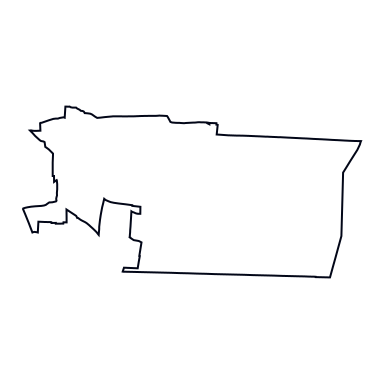 Rayón, México, Mexico
{"feature_id": "50627088B92517734283443", "entity_name": "Rayón", "entity_type": "district", "adm_level": 2, "iso_a3": "MEX", "parent_name": "Mexico", "parent_adm1": "México", "projection": "mercator", "projection_center": [-99.574, 19.139], "detail": "fine", "context": "isolated", "style": "outline", "palette": "ink", "viewbox_px": 384, "rotation_deg": 0, "n_neighbors": 0, "source": "geoboundaries", "source_scale": "gbopen_adm2", "svg_char_len": 3592}
<svg xmlns="http://www.w3.org/2000/svg" viewBox="0 0 384 384"><path d="M23.0,209.0L25.2,214.2L28.8,223.1L32.4,232.5L33.4,232.1L34.4,231.9L35.2,232.0L36.6,232.2L37.8,232.5L38.4,221.7L44.8,222.0L51.0,222.1L51.3,222.2L51.2,222.8L51.4,223.0L55.8,222.9L55.8,223.7L63.3,223.6L63.5,222.3L66.6,222.4L66.6,217.6L66.5,209.5L71.5,212.8L76.2,215.9L77.2,217.9L77.4,217.8L77.9,217.9L78.4,218.2L78.9,218.6L80.0,219.4L80.9,220.0L81.3,220.2L82.0,220.6L82.8,221.0L83.8,221.5L85.0,222.1L86.3,222.9L87.0,223.4L87.7,224.0L88.7,224.8L89.5,225.5L90.0,226.0L92.7,228.4L94.6,230.2L95.9,231.5L96.6,232.2L98.2,234.3L98.7,234.9L98.8,233.6L99.0,231.3L99.2,229.1L99.2,226.9L99.5,224.2L100.0,219.9L100.7,215.2L101.2,212.4L102.2,207.1L103.1,203.6L104.2,198.8L105.6,200.0L108.1,201.1L110.6,202.1L113.9,202.8L118.8,203.5L125.6,204.3L132.3,205.2L132.3,205.9L140.4,206.8L140.3,213.8L138.0,213.8L136.4,213.5L135.5,213.2L134.0,212.5L132.3,211.9L131.4,211.3L131.0,218.4L130.7,223.2L130.5,226.6L130.2,230.1L130.1,232.6L129.9,234.7L129.8,236.3L129.6,237.2L130.4,237.6L130.4,237.9L133.7,240.1L138.8,241.0L141.5,242.4L139.3,256.0L139.8,256.1L138.7,262.2L137.7,268.3L128.5,267.9L124.0,267.7L122.7,271.6L123.2,271.7L132.8,271.9L141.3,272.1L145.5,272.2L149.8,272.3L158.3,272.5L162.5,272.6L171.0,272.8L179.8,273.1L184.1,273.2L188.5,273.3L197.2,273.6L206.0,273.8L214.4,274.1L222.9,274.3L227.2,274.4L231.4,274.5L239.9,274.7L244.1,274.8L252.6,275.1L261.0,275.3L269.5,275.5L273.8,275.6L282.2,275.9L286.5,276.0L290.7,276.1L299.2,276.3L304.2,276.4L309.3,276.6L314.4,276.7L315.7,276.8L315.7,277.1L320.2,277.2L324.6,277.3L329.1,277.4L330.0,277.4L332.7,267.6L335.5,257.6L338.4,247.0L341.4,236.1L342.3,202.7L342.9,180.4L343.1,172.6L347.1,166.2L350.1,161.3L353.4,156.1L357.4,149.8L359.9,144.5L360.5,142.3L361.0,141.1L355.1,141.0L349.8,140.8L344.0,140.5L338.7,140.2L332.2,139.9L325.6,139.5L319.8,139.2L313.2,138.9L306.6,138.5L301.7,138.3L300.0,138.2L293.7,137.9L287.7,137.6L280.3,137.2L278.2,137.2L276.8,137.1L269.7,136.8L268.0,136.7L266.2,136.7L260.6,136.4L255.7,136.2L249.0,135.9L243.5,135.7L238.7,135.6L236.9,135.6L228.0,135.3L221.1,134.8L216.7,134.5L217.7,124.9L217.4,124.8L217.0,124.6L216.4,124.6L216.4,123.2L209.9,123.0L209.3,122.9L209.4,123.0L209.4,124.3L207.0,123.1L206.6,122.5L204.9,122.4L202.7,122.3L200.7,122.3L199.1,122.2L197.5,122.3L195.9,122.5L194.3,122.6L193.2,122.6L187.7,122.9L185.8,123.0L184.1,123.2L182.4,123.1L180.8,123.0L179.8,122.9L178.3,122.9L175.5,122.8L172.0,122.5L170.4,121.9L169.2,119.6L167.7,116.9L167.0,116.0L163.6,115.8L159.3,115.6L157.1,115.8L155.0,115.9L147.9,115.9L141.4,116.0L134.4,116.3L124.7,116.4L116.5,116.3L113.2,116.3L112.5,116.4L104.8,117.1L100.6,117.6L97.2,117.9L95.3,116.8L91.9,114.4L90.3,113.7L88.2,113.4L86.4,113.2L84.7,113.1L84.3,112.3L83.7,111.5L82.6,111.0L80.8,110.8L79.7,109.8L77.1,108.5L76.1,107.6L73.6,107.6L72.4,107.6L70.5,107.2L69.7,106.6L67.6,106.7L67.1,106.6L65.4,106.6L64.7,117.7L63.6,117.3L60.0,117.9L57.9,118.6L55.7,118.6L53.3,118.9L48.8,120.3L41.6,122.8L40.4,122.9L40.1,123.2L40.4,130.7L38.0,130.8L35.8,130.9L33.2,130.8L31.1,130.4L30.0,130.5L31.2,131.7L32.5,133.0L35.2,136.0L39.8,140.2L41.0,141.0L43.6,141.5L44.6,142.1L45.3,146.9L46.5,147.7L48.8,149.4L53.0,153.6L53.0,155.0L52.7,162.4L52.7,176.0L53.0,176.0L54.0,176.0L54.1,181.9L55.7,180.7L56.7,180.1L56.8,180.3L57.2,184.1L57.2,186.8L57.2,189.3L56.9,192.9L57.0,195.5L56.6,196.8L56.3,198.2L56.2,199.0L56.5,200.7L56.0,201.4L54.0,201.9L52.2,202.3L50.3,202.4L49.3,202.4L47.4,203.7L45.8,204.9L44.0,205.5L41.4,205.9L35.2,206.3L31.1,206.7L27.5,207.3L25.2,207.8L23.8,208.3L23.4,208.3L23.0,209.0Z" fill="none" stroke="#020617" stroke-width="2"/></svg>